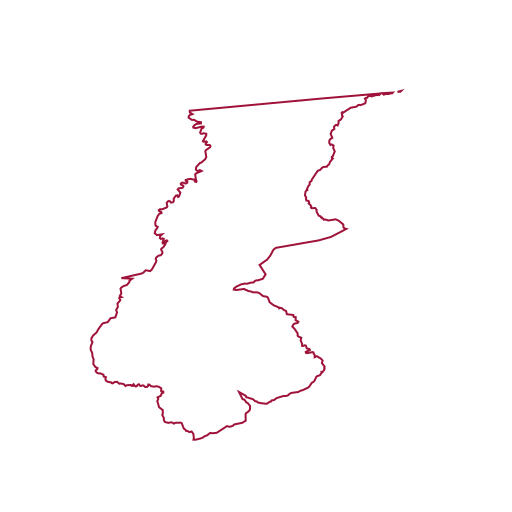 Coxim, Mato Grosso do Sul, Brazil (Equal Earth projection), rotated 73°
{"feature_id": "56859067B2559319027798", "entity_name": "Coxim", "entity_type": "district", "adm_level": 2, "iso_a3": "BRA", "parent_name": "Brazil", "parent_adm1": "Mato Grosso do Sul", "projection": "equal_earth", "projection_center": [-54.652, -18.188], "detail": "fine", "context": "isolated", "style": "outline", "palette": "rose", "viewbox_px": 512, "rotation_deg": 73, "n_neighbors": 0, "source": "geoboundaries", "source_scale": "gbopen_adm2", "svg_char_len": 6149}
<svg xmlns="http://www.w3.org/2000/svg" viewBox="0 0 512 512"><g transform="rotate(73 256 256)"><path d="M382.0,222.7L377.6,224.3L375.6,222.9L374.8,223.1L372.8,224.2L369.6,227.1L369.9,229.5L368.0,228.8L366.4,229.4L365.2,229.2L364.5,229.7L363.8,235.6L363.3,236.5L362.3,236.5L361.6,231.9L360.6,232.1L359.3,234.4L356.2,234.6L355.6,235.5L355.8,237.3L355.4,238.2L353.5,237.6L349.9,238.0L347.4,236.6L345.4,239.0L344.4,239.5L342.2,238.8L337.0,240.4L334.2,241.9L332.6,240.5L331.9,239.1L332.2,235.8L331.2,234.7L328.9,236.9L326.1,235.9L325.2,237.8L323.3,237.6L320.7,243.5L317.4,243.3L315.9,245.0L313.5,246.6L312.8,247.5L312.8,249.2L311.9,249.1L308.3,253.5L304.2,256.5L299.1,256.8L297.8,258.1L296.5,260.9L292.2,263.9L291.0,265.7L289.8,269.6L288.4,271.3L287.2,273.7L285.9,274.8L285.5,275.9L284.1,276.7L282.8,284.6L281.6,287.1L280.5,286.4L279.5,283.5L278.8,278.4L279.1,274.7L279.9,272.8L280.0,268.5L280.6,266.1L279.6,264.5L279.4,262.8L279.8,261.4L279.8,256.2L276.4,252.2L265.6,255.2L262.7,246.4L259.9,242.3L255.1,237.5L254.0,234.7L259.4,191.5L259.7,178.8L256.5,161.7L255.3,163.4L254.2,164.0L251.4,163.3L246.4,166.6L244.2,169.1L243.2,176.4L241.2,179.3L241.3,180.4L239.5,181.2L239.1,182.0L238.3,181.8L237.8,182.7L236.8,182.8L235.7,184.3L231.2,185.1L229.5,184.5L228.6,184.9L227.4,185.4L226.6,188.8L225.6,189.3L224.9,188.7L223.2,189.0L221.2,190.3L220.5,189.5L218.7,189.6L217.7,191.6L216.2,191.6L214.7,190.9L212.4,191.5L209.1,189.9L208.5,189.4L207.9,187.6L207.1,187.9L204.4,185.5L203.4,183.8L201.1,183.1L200.6,181.2L199.1,180.1L192.5,172.0L192.5,169.6L190.9,167.0L190.6,165.5L191.3,162.0L190.4,161.2L189.7,159.3L187.5,157.6L185.2,154.0L184.4,154.8L183.4,154.5L182.9,153.3L179.0,150.1L175.2,150.6L173.0,149.5L171.4,151.1L171.6,152.3L169.3,152.9L167.0,152.1L165.9,150.7L165.4,148.5L161.1,148.9L158.3,146.8L157.5,144.0L155.2,143.6L154.1,141.7L154.3,140.5L155.0,139.8L153.1,138.2L150.9,137.5L150.3,134.9L147.8,132.2L146.8,132.7L145.0,132.0L144.3,132.3L143.7,131.3L144.4,130.8L141.9,122.1L142.5,117.1L142.4,115.7L141.6,114.4L141.6,113.2L142.3,112.0L142.0,107.5L141.6,106.6L138.9,105.3L137.3,105.8L136.9,104.4L137.2,103.4L136.3,102.4L135.9,101.0L137.2,98.7L137.2,94.1L138.1,91.2L137.0,89.2L124.4,148.1L97.7,276.9L99.4,277.3L101.7,275.3L101.8,278.0L102.5,279.3L104.0,280.0L107.2,277.4L107.6,275.4L110.2,273.2L112.0,269.5L113.1,269.9L112.3,274.2L112.8,276.4L114.1,278.3L114.9,278.4L116.1,276.3L116.4,270.1L117.0,268.2L117.8,268.6L118.3,270.8L121.7,273.4L122.9,273.0L123.4,271.8L123.3,270.2L124.6,267.8L126.3,268.5L130.6,273.2L131.3,273.0L131.9,270.0L132.8,269.6L133.8,271.3L134.6,271.5L135.4,270.9L136.1,268.3L136.8,267.5L137.9,267.5L138.7,268.5L140.1,272.9L140.9,273.8L146.8,274.6L148.6,276.3L150.7,281.0L150.7,282.5L153.5,287.2L155.8,288.2L156.8,287.8L157.6,286.8L157.5,284.5L158.8,283.2L159.5,289.2L160.1,290.3L165.3,291.1L166.9,290.9L167.7,291.6L166.8,292.7L164.9,292.5L164.0,294.7L163.3,295.5L162.8,297.5L162.7,301.0L163.5,301.3L164.8,299.9L165.8,300.3L166.2,301.9L164.3,304.8L164.4,306.0L165.0,306.9L165.8,306.9L167.4,305.0L168.4,305.1L169.1,306.0L169.3,307.1L168.7,310.1L169.4,311.4L173.2,309.8L176.5,312.2L176.8,313.3L174.9,313.7L174.8,314.9L177.0,317.9L179.5,318.6L180.3,319.7L180.1,321.7L178.4,322.4L177.9,323.2L178.0,324.2L178.8,325.6L179.5,326.0L182.6,326.2L183.4,327.0L183.9,332.0L183.2,334.2L183.7,335.6L184.5,335.6L186.2,333.8L187.3,333.8L187.4,336.1L189.0,338.3L194.1,342.4L197.2,343.2L198.2,342.8L199.3,341.5L200.5,342.3L201.9,344.5L204.5,346.2L207.1,344.6L207.8,339.5L209.0,341.9L210.7,342.7L211.9,342.0L211.8,340.2L212.6,339.2L216.1,341.6L217.0,341.2L216.7,340.1L214.9,338.2L215.0,336.7L215.8,336.4L216.4,337.9L218.5,339.5L220.6,342.2L221.3,344.4L222.4,344.9L224.3,344.3L225.6,344.5L226.8,345.7L227.4,346.8L227.2,349.2L228.3,351.9L229.6,352.8L231.3,352.6L232.5,353.3L238.4,359.5L239.5,361.6L237.4,365.6L239.0,368.7L239.3,370.5L237.8,391.2L241.5,381.1L242.6,384.2L243.8,384.6L246.0,388.0L246.0,391.3L246.8,394.1L247.6,395.1L252.3,395.7L254.3,397.8L255.9,396.7L255.5,398.4L256.3,399.2L258.0,398.6L258.8,398.9L260.9,402.3L264.3,403.0L266.7,405.5L269.3,405.4L273.6,408.5L273.0,413.3L275.9,417.1L275.6,421.8L276.0,423.0L280.2,428.5L282.5,430.8L284.4,435.0L286.5,437.4L288.5,438.1L290.5,437.5L293.9,440.3L297.0,441.5L301.0,441.0L304.2,441.7L307.4,441.5L311.7,443.2L315.2,442.1L316.8,440.3L317.7,440.8L318.5,442.7L319.4,443.0L321.2,442.2L322.2,441.0L322.6,439.4L324.9,436.6L326.7,436.9L328.0,435.0L329.7,436.0L331.3,436.0L332.8,434.7L334.7,431.2L335.4,431.2L335.9,430.4L335.2,428.0L335.7,425.6L338.2,424.1L338.3,422.7L339.9,419.9L342.1,418.9L341.8,417.4L342.7,413.5L343.7,413.1L344.2,411.8L343.2,411.5L342.8,410.5L344.8,409.9L345.7,409.0L345.6,408.0L344.5,406.8L344.4,405.5L346.3,404.8L346.7,403.8L346.5,402.6L346.9,401.5L348.8,400.3L349.4,398.8L348.9,397.5L347.4,396.5L347.9,395.5L349.8,394.5L351.3,391.4L351.3,389.5L352.7,387.1L354.8,385.3L357.6,386.2L358.5,384.3L359.6,384.6L359.8,386.3L361.9,388.1L362.4,391.5L364.2,391.3L365.9,392.8L372.3,392.9L376.1,390.2L379.4,391.2L380.5,392.1L384.0,391.5L385.9,392.1L388.0,391.7L389.9,388.8L390.2,386.0L390.8,384.8L392.3,383.5L391.9,382.3L392.1,381.2L393.4,376.6L394.3,375.9L399.9,375.5L401.6,374.2L402.7,374.1L403.7,372.2L404.9,371.3L405.0,368.9L407.9,367.9L412.5,368.8L413.3,369.5L414.0,367.6L414.3,362.5L414.0,359.5L413.4,358.3L413.2,355.2L411.8,351.6L412.8,349.4L413.6,345.2L410.2,333.6L411.6,331.1L411.7,329.6L411.6,327.8L410.7,326.1L411.5,317.9L410.5,314.0L404.1,312.2L403.4,311.6L402.8,309.4L401.8,307.5L400.9,306.6L397.8,305.5L394.6,306.7L393.0,308.1L389.9,309.1L389.0,310.7L381.1,312.0L386.8,306.6L388.1,306.6L392.1,300.7L394.5,299.4L395.4,297.7L396.5,297.2L398.2,294.3L400.5,288.9L399.4,285.4L399.5,284.0L398.7,283.3L399.0,280.7L397.9,277.9L397.9,271.0L398.7,267.7L398.5,265.8L397.6,264.2L397.3,262.1L398.4,255.3L397.8,252.8L398.0,251.0L397.2,245.2L396.5,243.3L393.6,239.8L393.2,237.9L392.3,236.4L389.4,233.9L388.8,232.8L388.7,229.7L386.9,227.5L386.0,227.3L386.5,226.4L384.8,224.0L384.0,223.4L383.1,223.6L382.0,222.7ZM137.2,87.7L139.0,86.7L139.1,84.1L140.0,81.4L139.5,80.4L140.3,78.4L139.7,77.4L137.2,87.7ZM140.4,72.7L141.1,69.9L140.5,68.8L140.4,72.7Z" fill="none" stroke="#9f1239" stroke-width="2"/></g></svg>